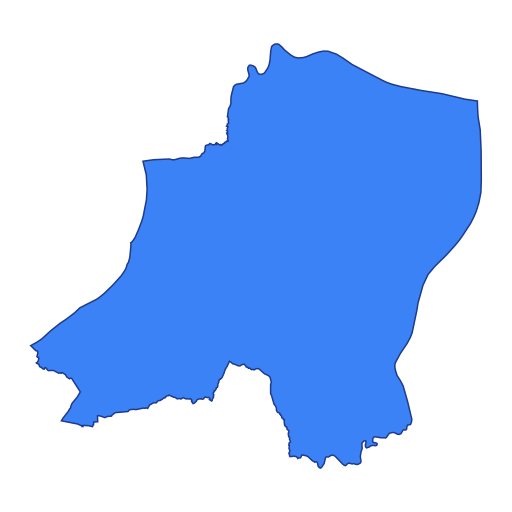 Phu Wiang, Khon Kaen, Thailand
{"feature_id": "78962969B4805162341011", "entity_name": "Phu Wiang", "entity_type": "district", "adm_level": 2, "iso_a3": "THA", "parent_name": "Thailand", "parent_adm1": "Khon Kaen", "projection": "robinson", "projection_center": [102.416, 16.673], "detail": "fine", "context": "isolated", "style": "filled", "palette": "blue", "viewbox_px": 512, "rotation_deg": 0, "n_neighbors": 0, "source": "geoboundaries", "source_scale": "gbopen_adm2", "svg_char_len": 5996}
<svg xmlns="http://www.w3.org/2000/svg" viewBox="0 0 512 512"><path d="M61.4,420.8L77.6,424.0L81.9,425.9L81.9,426.5L83.0,426.5L83.0,425.4L88.7,425.7L92.4,426.7L92.9,425.9L93.2,424.6L93.6,424.6L93.7,422.0L97.7,421.8L97.5,415.8L97.9,415.6L99.9,415.9L105.0,417.6L107.2,416.5L111.5,416.1L111.5,415.7L112.3,414.9L115.1,412.7L128.0,411.5L129.6,409.7L133.5,409.3L136.1,409.6L143.2,408.1L145.2,408.3L146.0,407.8L147.7,408.4L149.6,405.0L153.8,402.7L156.1,402.9L158.2,400.7L160.6,400.4L160.8,399.9L162.4,399.2L163.6,397.9L164.8,397.9L165.3,397.6L166.6,395.8L168.2,395.8L169.0,395.1L173.9,397.3L175.2,397.4L177.2,398.9L179.0,398.5L181.0,399.0L183.1,397.6L185.9,398.9L188.4,398.8L189.4,399.1L190.5,398.7L191.6,399.7L191.5,401.1L192.1,401.3L192.0,402.1L193.0,403.6L194.3,403.2L196.3,401.3L196.5,400.6L197.2,399.8L198.9,398.9L200.6,399.0L201.2,398.7L201.8,399.1L202.6,399.2L203.7,398.8L204.5,397.4L205.5,397.0L207.3,397.6L208.8,397.4L209.9,398.4L209.3,399.5L211.5,401.0L212.1,400.7L212.2,399.5L213.5,397.2L213.3,396.8L213.7,395.7L213.5,395.1L213.8,394.5L213.2,393.5L213.3,392.8L214.3,391.6L214.3,390.9L214.6,391.1L215.5,390.0L216.3,388.6L216.2,387.8L217.3,387.3L217.7,386.6L217.9,384.1L218.9,381.7L219.0,379.9L220.2,379.4L220.4,378.8L221.3,378.5L222.1,377.4L223.9,373.5L225.1,369.7L227.0,366.5L229.5,361.3L231.6,362.6L232.3,363.6L235.7,364.6L238.2,365.8L239.9,365.9L242.6,364.4L244.1,364.2L245.8,366.0L246.2,367.0L247.8,367.3L248.4,368.3L250.3,368.3L250.6,369.0L251.7,369.7L252.9,369.3L253.4,369.7L254.4,369.8L255.9,368.7L258.8,368.7L264.4,373.7L268.1,375.4L269.9,376.9L271.3,382.0L270.6,384.9L270.6,393.6L271.5,395.4L274.0,404.1L275.7,406.3L276.4,408.3L276.4,410.1L276.8,411.2L277.9,412.5L279.7,413.0L279.8,414.2L280.4,414.4L280.8,415.5L281.4,415.8L281.9,417.9L283.1,418.3L283.4,419.6L284.4,419.6L284.2,422.1L284.5,424.5L284.9,425.0L284.7,425.4L285.6,426.6L286.9,427.3L287.0,429.1L287.6,429.9L288.1,430.0L288.6,430.6L288.8,431.3L288.9,432.2L288.3,433.1L288.3,433.9L288.7,436.8L289.6,437.4L289.5,439.5L290.1,440.4L290.5,441.9L289.2,442.8L288.9,444.5L289.2,444.8L288.9,445.4L289.3,445.8L289.0,448.6L289.7,450.0L289.6,451.9L289.2,452.4L288.9,453.7L289.6,454.6L289.5,455.9L290.0,456.6L291.6,456.6L292.9,456.1L295.3,456.4L296.7,456.8L297.8,458.5L298.7,457.9L300.6,457.8L301.7,455.1L303.1,455.1L306.6,455.9L308.3,456.9L312.5,460.9L314.3,461.7L314.9,462.3L315.9,461.7L316.8,462.0L317.5,463.0L318.2,466.4L319.1,467.4L320.3,468.1L321.4,467.6L324.1,463.6L325.6,457.5L326.3,456.9L328.7,456.9L329.7,456.1L332.1,455.1L333.5,455.3L335.2,456.3L342.6,464.0L344.4,465.4L345.7,465.6L347.5,463.7L349.2,463.1L351.9,463.9L353.9,463.7L356.6,464.5L357.8,464.4L360.0,463.3L360.9,462.2L361.0,461.3L360.3,456.4L361.0,452.1L362.2,448.5L361.9,444.0L362.1,442.9L363.9,441.1L364.9,440.6L365.8,440.9L366.0,442.7L365.4,444.2L365.4,446.0L365.6,447.0L366.5,447.9L369.3,447.0L370.4,446.1L372.1,445.4L375.9,445.7L377.0,445.0L377.2,444.0L376.9,443.4L376.0,442.9L373.4,442.4L372.6,441.5L372.9,438.5L373.5,437.4L374.4,436.9L375.5,436.8L380.5,437.7L385.7,437.9L386.3,437.6L388.9,433.8L389.6,433.2L392.3,432.5L394.7,432.7L397.3,434.2L399.5,434.4L401.1,433.5L402.7,430.6L403.3,430.1L404.0,429.9L405.4,430.0L406.2,429.7L406.6,429.1L406.9,426.7L407.4,425.2L410.5,424.5L411.5,422.0L411.8,419.2L407.7,401.9L403.1,385.8L400.2,380.4L397.1,375.6L395.6,370.9L395.0,367.9L394.8,365.5L395.3,362.8L400.4,353.4L407.0,343.6L410.3,337.5L412.1,332.9L416.8,310.6L418.0,303.1L423.0,285.2L428.1,274.4L434.8,266.4L446.1,255.3L454.8,245.7L459.0,240.6L462.0,236.5L470.6,223.3L473.9,216.8L476.3,211.1L478.8,203.0L480.9,192.4L481.3,179.7L481.1,150.3L480.2,129.8L478.1,116.9L477.6,108.9L477.4,101.0L464.6,99.1L442.0,93.7L420.8,90.4L400.5,86.5L391.5,84.1L386.5,82.3L382.1,80.2L352.1,64.5L343.4,58.4L336.6,54.2L328.0,51.2L323.2,51.1L318.4,52.1L312.6,54.0L306.7,56.6L303.5,57.5L298.4,58.0L294.6,57.2L291.0,55.2L284.8,50.2L281.9,47.0L278.9,44.4L277.4,43.9L274.9,44.1L272.7,45.4L271.6,46.6L270.7,51.2L270.0,60.2L269.1,64.7L267.9,67.8L264.7,72.7L263.7,73.5L261.3,74.4L258.5,73.9L257.1,71.7L255.9,68.4L255.0,67.0L252.9,65.7L250.6,65.1L249.4,65.2L248.0,67.1L247.7,68.5L247.8,70.0L249.1,75.0L249.1,76.3L247.3,79.6L245.8,81.4L243.5,83.0L236.3,84.3L234.8,85.2L233.5,86.8L231.4,94.9L230.9,98.5L230.9,103.5L230.0,106.3L228.6,108.5L227.4,116.8L228.2,117.2L228.1,117.9L228.6,119.4L228.2,119.6L228.2,120.2L228.5,120.6L228.3,122.2L228.7,122.9L228.4,123.6L227.3,124.0L227.3,125.1L226.5,126.2L228.1,126.9L227.2,128.6L227.5,129.9L226.7,130.6L227.5,131.2L227.7,132.4L226.7,133.0L226.6,133.4L227.0,134.0L227.6,133.9L227.5,135.0L227.9,136.5L227.5,139.0L227.9,139.5L228.0,141.3L226.6,141.1L226.3,141.9L225.6,141.9L224.8,142.4L224.5,143.3L224.0,143.3L223.7,143.7L223.2,143.6L221.7,145.3L220.6,144.5L219.4,144.9L218.4,143.9L217.8,143.8L217.0,144.3L216.8,142.7L216.6,142.7L215.6,143.4L215.8,144.1L214.2,144.8L212.0,144.6L210.8,143.7L210.0,143.5L209.5,143.7L208.9,144.8L207.1,145.0L205.6,145.6L205.3,146.4L204.9,150.9L203.8,152.9L202.3,153.5L201.5,154.4L200.7,156.2L199.2,156.8L198.8,157.3L194.1,157.3L189.6,158.4L183.0,157.9L180.0,158.2L174.3,159.8L172.0,159.7L169.3,159.0L153.9,159.7L143.0,161.2L146.3,175.0L147.1,189.6L146.4,199.9L143.2,216.3L141.8,221.0L138.5,229.7L135.2,237.3L133.0,240.6L131.7,242.2L130.7,242.8L131.0,243.6L130.8,247.3L129.8,257.3L128.5,262.2L127.2,264.2L126.0,268.3L124.7,270.7L121.2,275.8L112.7,285.2L103.8,293.8L99.1,297.6L96.4,299.4L80.0,307.7L74.4,313.0L65.8,319.5L60.6,322.9L51.0,330.5L41.8,338.9L36.9,342.2L30.7,345.6L35.8,350.7L37.6,351.1L37.8,353.3L37.3,354.8L37.5,355.2L36.9,356.5L37.4,357.2L37.7,357.0L38.9,358.0L38.3,360.6L37.5,362.1L36.3,362.9L36.7,363.4L39.0,364.3L39.5,366.5L40.7,367.2L41.6,367.3L42.2,368.4L43.8,369.2L44.4,369.1L45.0,367.6L45.5,367.6L46.4,368.3L47.4,369.9L48.4,370.6L53.4,370.4L58.7,373.2L60.0,372.9L61.2,373.3L61.6,372.6L62.2,372.6L65.4,374.6L66.8,377.0L69.5,378.8L70.6,378.2L71.6,378.3L80.3,391.9L77.1,397.3L72.2,403.1L71.1,405.5L70.6,407.8L69.6,409.0L68.3,411.3L62.9,418.3L61.4,420.8Z" fill="#3b82f6" stroke="#1e3a8a" stroke-width="1.5"/></svg>